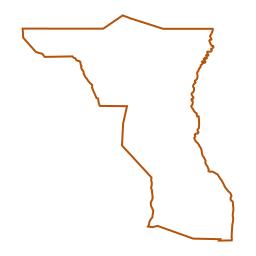 outline of Ebebiyin, Kié-Ntem, Equatorial Guinea
{"feature_id": "11065452B6027875666302", "entity_name": "Ebebiyin", "entity_type": "district", "adm_level": 2, "iso_a3": "GNQ", "parent_name": "Equatorial Guinea", "parent_adm1": "Kié-Ntem", "projection": "albers", "projection_center": [11.284, 1.979], "detail": "fine", "context": "isolated", "style": "outline", "palette": "amber", "viewbox_px": 256, "rotation_deg": 0, "n_neighbors": 0, "source": "geoboundaries", "source_scale": "gbopen_adm2", "svg_char_len": 3913}
<svg xmlns="http://www.w3.org/2000/svg" viewBox="0 0 256 256"><path d="M147.9,226.5L152.4,227.2L157.5,225.9L193.1,238.6L206.5,238.9L220.1,239.2L219.1,240.6L231.7,240.4L231.8,239.5L231.8,238.5L231.6,237.0L231.7,234.9L231.8,233.8L231.8,232.6L231.9,230.6L232.1,228.5L232.2,226.6L232.3,225.7L232.4,224.2L232.7,222.6L233.1,220.7L233.1,219.8L233.2,218.3L233.1,217.5L232.7,215.8L232.7,215.5L232.9,213.1L232.9,212.8L233.3,210.9L233.4,207.8L233.0,205.3L232.9,202.7L232.7,201.5L231.2,200.5L230.6,199.5L230.6,198.8L230.7,198.1L230.7,197.8L231.5,195.7L230.3,193.1L230.1,192.8L229.5,192.3L228.3,191.3L227.1,189.7L225.4,187.7L224.9,186.7L224.3,185.7L224.2,185.4L223.1,183.1L221.2,179.8L219.9,178.1L219.0,176.6L217.7,174.6L215.6,173.3L213.5,172.1L212.8,171.8L211.9,171.5L210.1,171.8L209.1,171.4L208.5,171.2L208.6,170.2L208.7,169.4L208.3,168.6L207.9,167.7L207.4,166.3L206.3,164.9L205.5,163.3L205.3,161.9L205.6,160.5L204.6,158.8L203.9,157.4L202.9,156.2L202.1,154.0L201.7,151.7L201.5,149.9L200.7,147.9L199.3,145.9L199.0,144.9L197.6,143.0L195.9,141.5L194.7,139.6L194.2,137.8L195.0,137.0L195.3,136.3L194.7,134.8L195.7,133.7L196.1,133.6L197.5,133.6L197.7,133.4L198.1,133.0L198.3,132.7L198.5,132.2L198.3,132.0L198.0,131.8L197.9,131.7L197.4,130.0L198.8,128.2L199.1,125.5L199.1,123.0L199.0,120.9L198.9,119.1L198.8,117.6L198.6,116.4L197.2,116.5L196.7,114.7L196.8,113.5L195.6,112.7L194.1,111.3L193.1,109.3L192.2,108.1L191.4,106.8L191.4,105.7L192.4,104.7L192.6,103.7L192.8,101.9L192.0,100.8L191.5,99.9L191.5,99.3L191.7,99.0L191.9,99.0L192.3,99.4L192.6,99.5L192.7,99.4L193.0,97.9L193.4,97.4L192.5,96.1L191.5,94.3L191.8,93.3L193.1,92.2L193.7,91.2L194.1,89.6L194.1,88.0L193.2,87.0L193.1,85.5L193.8,84.4L194.1,83.7L194.4,83.5L195.4,82.8L195.5,82.7L195.5,82.4L194.9,81.6L194.8,81.3L194.8,81.2L194.9,80.9L195.0,80.7L196.6,79.5L197.3,78.3L197.5,77.0L197.5,75.4L197.4,74.8L197.2,73.6L197.2,72.4L198.3,71.0L198.7,69.8L199.2,68.4L200.4,67.4L200.7,65.3L202.0,64.4L202.8,63.5L201.9,61.9L202.0,61.7L202.3,61.4L202.6,61.3L203.3,62.2L203.9,62.7L204.2,62.8L204.9,62.7L205.2,62.5L205.3,62.3L205.3,61.8L205.2,61.5L204.3,61.1L204.3,60.9L204.7,60.5L204.8,60.4L204.8,60.2L203.9,59.2L203.8,58.9L203.8,58.7L204.8,58.0L205.0,58.0L205.7,58.6L206.0,58.6L206.4,58.5L206.7,58.3L206.9,58.1L206.3,56.3L206.1,55.7L206.2,55.4L206.2,55.2L206.5,55.0L206.9,55.0L207.1,55.1L207.7,55.7L208.1,55.6L208.3,55.5L208.4,55.1L208.4,54.7L208.2,54.4L207.5,53.8L207.2,52.3L207.2,52.0L207.4,51.7L208.2,51.6L209.6,51.8L210.5,51.6L211.2,51.2L211.7,50.7L211.6,49.9L211.2,49.4L211.1,49.1L211.3,48.9L212.3,48.5L212.9,47.8L213.2,47.4L213.4,47.0L213.4,46.3L213.1,45.9L212.5,45.7L211.8,45.8L211.6,45.7L211.0,44.7L210.2,43.0L209.4,41.2L209.3,40.7L209.5,40.3L209.7,40.0L211.1,39.7L211.4,39.5L211.4,39.2L211.4,38.9L210.9,38.1L210.2,36.7L210.0,36.1L211.2,34.1L212.0,32.4L212.4,31.1L212.8,30.2L212.8,29.6L212.7,28.8L163.1,28.8L130.8,18.5L122.7,15.4L103.2,28.7L22.6,28.6L22.6,28.8L23.0,33.4L23.2,37.6L26.0,40.9L36.0,52.1L42.3,53.8L44.0,56.0L44.7,56.9L72.5,56.4L73.5,57.6L73.8,57.8L74.0,57.9L74.9,58.1L75.6,58.7L76.1,59.7L76.3,59.9L76.4,60.1L76.5,60.1L77.7,60.8L77.8,60.8L78.0,60.9L79.5,61.1L80.3,62.0L80.6,63.9L80.8,64.9L80.9,65.1L81.0,65.2L81.5,66.1L81.2,67.0L81.1,67.3L81.1,67.5L82.1,69.6L82.2,69.9L82.8,70.5L83.5,71.6L83.8,73.7L83.9,73.8L84.7,75.9L84.8,76.0L85.5,77.1L86.2,78.1L86.6,78.4L88.4,81.2L90.0,83.0L91.4,84.2L91.5,84.3L92.1,84.7L92.2,85.0L92.2,85.9L92.2,87.0L92.0,87.7L96.5,98.0L96.8,98.1L97.9,98.4L98.3,99.5L98.4,101.1L98.4,101.3L99.0,103.7L99.0,103.8L99.5,105.3L99.8,105.9L127.0,106.2L123.1,123.6L122.0,145.5L151.5,177.5L151.3,178.8L151.2,180.6L151.7,182.3L151.8,183.5L151.7,184.8L151.5,186.1L151.1,188.2L152.1,190.5L152.0,192.4L152.4,195.0L152.6,197.2L152.5,198.9L151.7,200.6L150.8,202.3L150.8,204.3L151.3,206.6L152.0,207.9L152.2,208.4L153.3,210.8L153.1,212.3L152.7,214.5L152.3,217.5L150.8,219.2L149.4,221.9L149.0,224.6L147.9,226.5Z" fill="none" stroke="#b45309" stroke-width="2"/></svg>